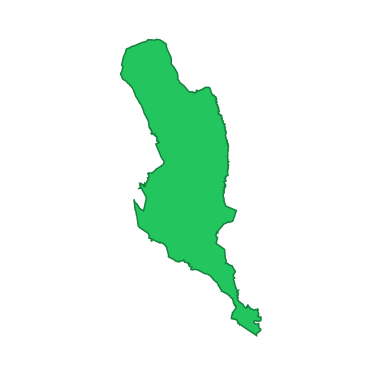 Arbore, Suceava, Romania (Robinson projection), rotated 64°
{"feature_id": "2599482B94816756597949", "entity_name": "Arbore", "entity_type": "district", "adm_level": 2, "iso_a3": "ROU", "parent_name": "Romania", "parent_adm1": "Suceava", "projection": "robinson", "projection_center": [25.905, 47.743], "detail": "fine", "context": "isolated", "style": "filled", "palette": "green", "viewbox_px": 384, "rotation_deg": 64, "n_neighbors": 0, "source": "geoboundaries", "source_scale": "gbopen_adm2", "svg_char_len": 6094}
<svg xmlns="http://www.w3.org/2000/svg" viewBox="0 0 384 384"><g transform="rotate(64 192 192)"><path d="M230.4,239.0L238.4,240.7L239.9,241.6L244.6,238.1L247.3,236.7L248.3,235.5L248.5,234.6L249.3,234.3L249.0,232.1L250.1,230.0L249.6,229.2L252.0,229.3L252.9,227.9L255.0,226.5L254.6,226.1L255.8,225.6L256.0,227.0L257.8,226.9L259.5,224.9L260.2,226.3L261.1,227.0L262.4,225.4L262.4,224.4L262.8,223.4L264.4,221.1L271.0,216.3L272.5,214.0L274.0,213.3L274.9,212.4L280.3,211.0L282.6,210.2L284.0,209.2L285.6,209.1L287.9,209.4L289.6,208.7L290.3,209.1L291.1,208.7L292.0,208.9L293.2,208.4L294.2,209.0L294.9,208.1L299.7,204.7L301.4,204.1L301.4,203.8L304.1,203.4L304.8,202.8L306.1,202.5L306.1,202.2L307.6,202.8L308.8,202.6L308.9,203.0L309.6,203.4L311.1,203.1L311.7,203.4L311.9,203.0L312.7,203.3L312.9,202.8L313.4,203.0L313.8,202.6L314.3,203.0L315.0,202.6L315.2,203.0L315.7,203.1L316.1,204.2L318.4,208.8L319.7,209.4L320.3,210.3L323.0,212.1L324.4,210.4L324.2,210.2L327.1,207.5L328.7,208.1L330.5,208.1L330.5,207.5L332.4,207.4L332.5,206.7L349.3,196.9L347.8,196.2L346.5,191.1L345.7,190.6L345.3,190.3L344.4,191.1L343.6,191.4L339.3,189.8L339.4,191.8L337.3,193.5L335.7,193.3L335.3,193.0L335.2,192.0L336.4,190.5L337.6,187.9L337.8,187.2L337.5,186.3L334.6,184.8L334.4,185.1L334.6,186.0L332.4,187.5L332.0,187.0L332.2,186.4L332.0,186.1L330.0,185.3L328.0,185.5L327.6,185.1L327.5,184.4L327.1,184.2L326.0,184.3L326.2,184.7L325.4,186.3L325.4,187.2L324.9,188.7L323.7,189.1L322.4,190.8L320.8,190.5L320.0,191.7L318.5,191.1L318.0,191.5L319.3,193.4L319.7,193.0L320.1,193.1L319.7,194.3L319.0,195.0L317.1,195.6L316.1,195.3L315.3,195.5L313.5,196.4L313.1,197.2L312.1,197.0L311.2,197.8L309.8,197.8L308.4,198.4L307.3,196.9L306.1,197.4L305.9,197.3L306.2,196.9L304.7,197.1L304.6,196.8L305.0,196.5L305.0,195.9L304.0,195.4L303.3,194.6L302.3,194.9L302.3,195.5L301.9,195.8L301.2,195.6L300.9,194.9L301.1,194.0L300.8,193.3L300.2,194.4L299.5,194.8L294.9,194.2L293.7,194.5L293.4,193.9L291.6,193.8L291.3,193.2L288.6,193.3L288.0,192.5L288.1,191.4L286.2,191.7L285.0,191.5L284.1,190.8L284.1,189.9L282.8,188.7L282.9,188.1L281.6,187.8L277.9,188.5L276.9,188.1L275.7,188.4L274.8,189.8L273.9,190.1L273.3,191.0L272.4,191.0L271.3,191.8L270.9,193.1L268.6,191.2L266.0,191.1L257.8,187.9L248.8,192.9L244.4,189.1L241.9,189.8L238.9,187.4L240.1,186.7L238.3,185.5L235.3,178.6L234.7,177.8L235.0,175.1L234.6,173.0L234.8,172.4L235.4,172.4L236.1,168.6L235.4,167.3L233.6,165.8L232.4,164.2L230.7,162.9L228.2,160.2L219.2,168.0L216.8,167.3L215.5,167.8L214.5,167.0L213.5,167.1L212.3,166.2L209.2,165.7L207.3,164.9L207.2,163.8L205.6,162.8L204.4,163.1L204.5,162.2L204.3,161.9L202.1,161.3L202.2,160.8L201.5,160.3L202.0,160.0L200.9,159.6L201.3,159.2L201.2,158.9L199.8,158.7L199.6,159.3L198.7,158.9L196.8,158.8L197.1,156.7L195.4,156.3L194.4,156.9L194.1,156.6L193.9,155.3L192.8,155.2L192.9,154.4L192.6,153.7L192.9,152.4L189.3,151.2L187.9,150.0L187.1,150.3L186.7,149.2L185.4,148.4L184.0,148.5L184.0,147.4L181.4,147.0L180.9,145.7L180.4,146.1L179.3,146.2L178.9,145.5L178.2,145.3L176.1,145.0L175.9,144.4L171.5,142.3L170.5,141.1L169.1,140.9L167.8,139.7L166.2,139.0L165.6,138.8L165.3,139.3L164.6,139.1L164.3,138.5L163.3,139.0L163.3,138.5L163.0,138.4L161.6,138.5L161.7,138.0L161.4,137.8L159.3,138.1L158.5,137.6L157.8,137.7L156.3,137.3L154.8,136.7L154.6,135.8L153.6,135.2L152.4,135.0L151.9,135.4L151.8,134.8L149.3,134.6L148.5,133.7L147.0,134.2L145.5,132.6L144.5,133.5L143.3,134.0L142.3,132.8L140.0,133.4L139.1,133.3L138.8,133.2L139.3,132.8L139.1,132.5L137.7,132.6L136.3,131.8L135.7,132.2L135.7,132.7L134.6,132.9L134.4,133.9L133.4,134.2L133.0,133.3L132.4,133.6L131.1,133.0L131.7,132.6L131.6,132.2L130.5,131.9L130.0,132.1L129.1,131.7L128.1,132.0L127.8,131.8L127.9,131.2L126.0,131.5L125.8,131.0L125.1,130.9L124.7,131.0L124.8,131.4L123.5,131.7L122.2,131.2L122.0,130.7L122.6,130.6L122.5,130.2L121.4,130.2L120.9,130.7L120.5,130.4L120.8,130.1L119.6,130.1L119.6,129.5L119.3,129.1L118.6,129.0L117.9,129.4L117.8,129.0L116.9,129.0L115.8,129.9L115.1,129.7L115.1,130.1L114.2,130.9L113.6,130.6L112.9,131.1L111.1,131.1L108.5,130.5L106.9,130.6L106.3,130.4L105.5,130.8L103.9,133.8L104.0,136.9L104.5,137.1L104.5,137.5L104.2,139.7L103.9,139.9L104.3,140.9L104.3,141.7L102.7,142.9L102.7,143.6L103.1,143.6L103.7,144.4L104.2,144.3L104.3,146.1L103.0,146.7L102.5,147.4L102.8,147.4L102.9,147.9L101.7,148.7L100.8,150.7L93.2,152.6L88.4,154.9L86.2,154.9L84.0,155.4L82.5,154.2L78.6,153.0L71.9,153.5L68.1,154.6L62.3,151.9L52.3,151.7L49.3,151.0L48.1,150.3L46.5,150.9L41.2,154.1L39.4,156.7L39.0,159.6L37.7,161.2L35.8,165.2L36.6,166.8L36.7,167.8L35.8,170.4L35.3,179.5L34.8,182.3L35.0,184.4L34.7,187.9L34.9,188.6L37.7,190.8L40.2,194.1L47.2,199.7L48.3,199.2L49.9,199.6L50.5,200.5L52.2,201.5L54.3,204.2L55.0,204.6L56.8,204.5L59.6,204.8L61.5,204.1L62.9,202.7L66.0,202.0L67.5,201.1L68.7,201.2L70.3,200.3L71.6,200.3L73.0,199.8L81.3,200.6L86.5,200.0L89.4,200.1L91.4,199.3L94.4,199.8L95.4,199.5L99.9,200.4L109.2,200.1L115.0,202.1L116.0,202.1L116.2,201.6L117.7,201.9L117.9,201.3L119.8,201.8L120.7,201.4L120.9,202.2L121.4,202.4L121.5,203.0L122.3,202.3L122.7,202.5L122.9,201.2L123.6,200.5L123.6,200.0L124.7,200.9L125.5,200.2L126.7,200.0L126.6,199.5L127.2,199.4L128.0,199.6L130.3,201.2L131.6,200.9L132.0,200.1L132.8,199.6L132.5,199.2L133.2,199.9L133.0,203.5L147.7,204.4L152.5,203.7L153.9,204.9L154.7,206.2L155.4,210.1L155.7,214.1L156.4,215.5L157.4,219.5L155.9,222.7L155.9,223.3L156.3,223.1L156.9,223.4L156.9,223.7L157.7,223.5L159.6,224.0L159.9,225.9L161.4,225.7L164.2,229.9L163.4,230.5L166.6,231.6L166.5,232.0L165.9,231.9L165.2,232.4L165.4,233.1L164.7,233.0L164.2,232.1L163.7,232.9L164.1,233.2L164.0,233.5L163.5,233.8L163.0,233.5L161.8,234.1L161.7,234.6L162.8,235.3L162.1,235.5L165.0,236.3L165.6,237.1L165.4,237.5L165.6,238.0L166.4,235.8L177.1,235.4L187.7,243.8L183.8,246.3L181.1,246.3L179.8,246.8L178.8,246.6L176.6,247.8L173.1,247.4L183.2,250.9L184.8,250.9L188.3,252.0L189.9,252.2L198.4,255.0L200.0,255.0L201.4,254.5L208.6,250.2L210.2,249.6L212.9,249.7L214.6,251.0L216.3,249.0L218.1,250.1L218.5,249.7L217.2,248.4L223.9,243.1L223.6,242.1L224.3,241.5L226.9,239.9L230.4,239.0Z" fill="#22c55e" stroke="#15803d" stroke-width="1.5"/></g></svg>